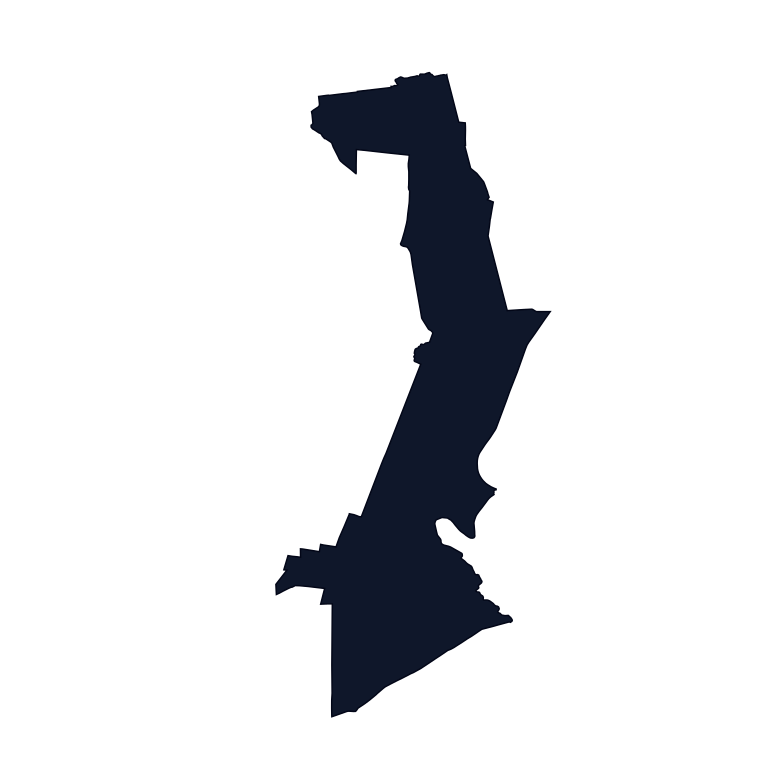 outline of Muñoz de Domingo Arenas, Tlaxcala, Mexico, rotated 67°
{"feature_id": "50627088B8354307803042", "entity_name": "Muñoz de Domingo Arenas", "entity_type": "district", "adm_level": 2, "iso_a3": "MEX", "parent_name": "Mexico", "parent_adm1": "Tlaxcala", "projection": "mercator", "projection_center": [-98.236, 19.501], "detail": "fine", "context": "isolated", "style": "filled", "palette": "ink", "viewbox_px": 768, "rotation_deg": 67, "n_neighbors": 0, "source": "geoboundaries", "source_scale": "gbopen_adm2", "svg_char_len": 6154}
<svg xmlns="http://www.w3.org/2000/svg" viewBox="0 0 768 768"><g transform="rotate(67 384 384)"><path d="M382.3,202.7L377.2,214.8L376.6,215.8L373.5,218.0L372.9,218.7L370.2,226.0L364.6,241.9L288.4,230.4L279.9,225.3L273.5,221.7L273.3,221.4L265.3,216.3L259.2,212.3L254.7,216.8L253.2,214.3L250.1,214.1L247.4,213.7L238.8,213.3L236.7,213.3L226.4,216.3L219.4,220.0L196.2,216.6L196.3,215.8L190.1,213.4L182.3,209.9L178.9,208.5L175.4,207.2L172.2,212.9L142.0,208.3L127.0,206.1L123.8,205.4L123.9,205.7L123.9,206.3L122.9,207.7L122.6,208.2L122.4,209.1L122.2,210.0L121.9,210.9L121.7,212.6L121.5,213.3L121.4,214.4L121.1,215.3L121.0,216.0L121.0,216.6L120.7,217.5L120.4,217.8L119.9,218.1L119.1,218.6L118.2,218.8L117.8,219.0L117.2,219.8L116.9,220.1L116.0,220.2L115.3,220.4L115.1,220.6L115.0,220.8L114.9,221.7L114.7,222.9L114.7,225.3L114.3,226.5L113.0,229.3L113.0,229.7L113.1,230.0L113.8,230.5L114.0,230.8L114.2,231.2L114.2,231.7L114.1,232.1L113.3,233.0L113.2,233.4L113.0,235.3L112.7,236.5L112.2,238.7L112.0,239.2L111.6,242.8L110.4,246.1L108.8,247.6L108.1,248.4L107.9,248.7L107.9,250.0L108.0,251.0L108.2,251.7L108.3,252.3L108.2,254.0L108.2,254.4L108.4,254.7L108.6,254.9L108.9,255.1L109.8,255.2L111.2,254.8L112.5,254.8L113.7,254.3L114.0,254.3L114.1,254.5L114.3,255.6L114.2,256.1L114.0,256.7L113.5,257.4L113.4,257.8L113.5,259.5L113.4,260.0L112.8,261.2L113.9,261.6L104.3,294.2L104.9,294.4L103.3,299.8L101.7,305.5L100.9,307.9L97.0,321.5L96.5,322.2L95.9,324.1L93.8,331.8L100.4,333.8L101.9,334.4L102.8,335.2L103.3,336.2L104.3,341.9L105.0,344.3L107.8,344.9L116.4,347.6L117.5,349.7L117.4,350.0L119.0,350.7L121.2,350.1L122.7,348.9L127.5,345.7L128.1,345.0L129.2,344.2L129.9,344.0L131.5,343.9L134.8,342.8L135.5,341.8L140.4,338.5L141.8,337.9L146.1,338.1L156.4,337.4L159.6,337.3L161.7,336.9L165.3,335.2L173.8,330.5L179.2,327.8L179.4,327.6L179.1,327.3L171.3,324.0L157.4,317.8L161.5,310.2L173.2,289.4L183.2,271.3L186.8,273.2L190.6,275.5L193.5,276.7L198.3,278.2L205.4,281.2L210.9,283.7L212.3,284.5L214.2,285.1L214.9,285.1L215.9,285.0L216.4,285.0L216.9,285.2L225.5,289.2L227.4,290.2L236.5,295.5L242.0,298.5L245.0,300.5L251.8,305.6L255.7,308.8L259.0,311.5L261.4,314.0L262.4,314.1L262.9,313.9L264.0,313.1L265.0,312.0L266.0,310.4L267.2,309.1L268.8,308.7L271.1,308.4L272.5,308.2L273.6,308.3L275.4,308.5L285.3,311.2L332.2,322.1L337.9,323.5L338.4,323.5L339.6,323.4L350.8,321.6L351.6,321.2L353.2,319.9L354.8,319.3L355.6,319.1L356.3,319.3L356.5,319.4L363.4,325.8L362.6,329.9L362.7,330.2L363.2,331.3L363.2,331.7L363.1,332.3L361.9,334.1L361.9,334.5L362.0,334.7L363.2,335.7L363.2,337.4L363.4,337.8L363.9,338.0L364.1,338.3L364.0,340.6L364.1,341.2L364.3,341.8L366.1,343.2L367.4,344.0L367.7,344.1L368.1,344.0L368.7,343.7L369.0,343.8L369.4,344.5L370.4,345.7L370.6,345.9L370.9,345.9L371.7,345.5L372.0,345.5L373.8,346.8L374.3,347.1L374.7,347.1L375.1,347.0L375.5,346.7L376.8,345.3L380.1,342.4L448.6,409.2L452.2,413.1L456.5,417.4L497.4,456.8L496.8,457.8L496.4,458.7L494.5,460.6L492.5,462.8L489.9,466.6L490.5,467.0L499.5,476.2L508.1,485.3L515.2,491.8L508.7,502.4L506.9,505.0L513.1,509.0L504.1,523.4L503.1,525.3L510.9,528.5L509.2,531.3L506.7,535.9L504.5,539.4L515.9,548.8L517.4,546.1L526.2,561.8L535.7,565.3L535.6,561.9L535.2,557.8L534.8,551.5L534.8,548.6L535.1,548.2L535.0,545.9L534.8,544.8L534.9,544.4L536.8,540.3L540.7,533.0L549.0,518.5L561.9,528.3L564.2,522.2L566.2,517.5L622.3,541.8L648.4,552.6L654.9,555.8L661.9,558.8L669.3,561.8L669.9,562.0L670.2,557.3L670.9,546.1L671.3,544.4L673.5,540.0L674.2,538.2L673.9,537.2L672.2,534.5L670.7,526.6L669.2,520.5L666.8,512.5L666.3,511.3L663.8,503.5L663.2,501.1L662.7,495.5L662.2,488.7L661.8,481.4L661.1,472.5L661.1,469.7L660.2,461.1L656.9,443.8L655.8,437.7L654.7,432.2L654.1,429.2L654.2,428.0L654.2,425.8L653.9,422.7L653.3,419.3L652.1,412.2L651.1,407.0L650.3,401.5L648.7,393.6L648.0,389.7L649.8,377.5L650.2,374.2L651.9,361.8L652.8,360.6L652.6,360.4L652.5,359.2L652.1,358.6L651.7,358.3L651.0,358.2L650.5,358.2L649.5,358.5L648.4,358.6L647.5,359.2L645.7,359.9L645.5,360.2L645.4,360.5L645.3,360.9L644.7,362.6L644.4,363.3L642.9,365.6L642.3,366.1L640.6,366.7L640.2,367.1L639.1,368.1L638.8,368.2L638.4,368.2L638.1,368.2L637.8,368.0L637.6,367.9L636.6,366.3L636.0,365.9L635.6,365.7L634.8,365.7L633.9,365.7L633.2,366.2L632.8,366.5L631.9,367.9L631.1,368.4L630.1,368.9L629.4,369.0L628.8,369.2L625.7,371.0L624.6,371.8L623.8,372.6L623.2,373.4L622.5,374.9L622.0,376.2L621.7,376.6L621.5,376.8L620.9,376.8L619.4,376.0L618.4,375.9L617.7,376.0L615.9,377.2L615.3,377.4L614.5,377.5L613.2,377.5L612.8,377.8L612.5,378.1L611.9,379.4L611.1,380.1L610.8,380.3L610.1,380.3L610.0,380.2L609.0,376.8L608.7,376.5L608.2,376.2L607.1,376.2L606.6,376.0L606.3,375.6L605.2,372.1L604.6,371.4L604.0,371.0L603.4,371.0L602.7,371.1L601.9,371.3L600.8,371.2L599.5,371.5L596.9,371.5L596.1,372.2L595.9,372.7L595.6,373.7L594.8,374.3L594.1,374.6L592.1,374.5L590.1,374.7L587.0,374.6L585.9,374.8L585.4,375.1L582.2,377.4L580.8,378.1L578.6,378.9L574.3,381.3L573.4,379.8L573.0,379.2L572.7,379.0L571.6,378.6L571.0,378.5L570.5,378.5L570.1,378.7L560.1,386.4L558.5,388.1L556.0,391.4L555.3,392.2L554.3,392.9L553.6,393.3L552.6,393.4L551.9,393.3L550.2,392.7L549.4,392.6L548.9,392.6L544.4,393.8L543.9,393.9L540.6,393.4L533.4,392.1L531.9,391.6L530.3,390.2L529.5,389.1L529.4,388.8L529.5,383.8L529.6,382.7L532.2,377.9L534.2,376.6L534.7,376.1L535.4,375.6L538.5,374.4L541.7,373.6L547.2,371.9L549.2,371.1L550.8,370.2L553.4,368.6L555.4,367.6L557.6,366.2L559.1,365.0L559.7,364.3L560.4,362.9L560.6,362.0L560.6,361.2L560.0,360.2L559.2,359.7L558.2,359.4L554.9,358.1L547.2,355.6L545.7,354.7L543.9,353.2L541.7,351.2L540.4,349.6L538.3,346.2L536.1,342.1L531.1,333.6L530.3,332.0L529.6,330.0L528.7,325.9L528.1,325.9L527.6,325.8L526.5,325.0L525.8,324.9L525.2,324.6L525.0,324.3L524.9,323.5L525.2,322.2L524.5,321.8L522.4,323.9L520.5,325.6L517.4,327.8L515.3,329.1L511.9,330.5L509.8,331.1L507.1,331.6L505.0,331.8L503.0,331.8L501.2,331.6L498.7,331.1L493.4,329.2L490.7,327.9L488.8,326.7L487.0,325.3L485.3,323.6L484.1,322.0L479.0,314.3L474.8,307.2L469.7,299.6L468.4,298.0L447.5,278.2L440.0,271.3L424.9,256.5L407.0,240.1L404.3,237.4L403.5,236.4L401.9,234.1L396.7,225.6L387.4,211.0L382.3,202.7Z" fill="#0f172a" stroke="#020617" stroke-width="1.5"/></g></svg>